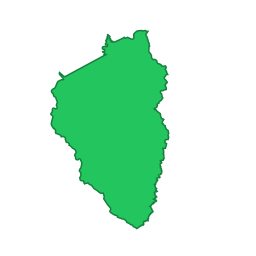 Tsangano, Tete, Mozambique (Albers equal-area conic projection), rotated 148°
{"feature_id": "85939544B8789366603018", "entity_name": "Tsangano", "entity_type": "district", "adm_level": 2, "iso_a3": "MOZ", "parent_name": "Mozambique", "parent_adm1": "Tete", "projection": "albers", "projection_center": [34.263, -15.088], "detail": "fine", "context": "isolated", "style": "filled", "palette": "green", "viewbox_px": 256, "rotation_deg": 148, "n_neighbors": 0, "source": "geoboundaries", "source_scale": "gbopen_adm2", "svg_char_len": 5790}
<svg xmlns="http://www.w3.org/2000/svg" viewBox="0 0 256 256"><g transform="rotate(148 128 128)"><path d="M75.1,140.4L74.6,141.1L74.0,142.8L74.1,144.5L73.3,145.0L72.5,145.2L72.1,145.8L70.9,145.6L70.4,146.2L70.6,147.3L70.5,148.0L70.9,150.1L70.8,151.2L69.8,152.0L68.6,152.2L67.4,152.9L66.8,152.9L66.0,152.4L65.9,154.0L65.4,155.6L65.3,158.0L64.5,158.6L63.7,158.8L63.3,159.8L63.3,160.5L63.5,161.0L64.7,161.3L66.3,162.1L66.3,163.2L66.6,164.2L66.9,164.4L67.0,165.3L68.5,166.7L68.7,168.0L68.0,169.8L68.5,171.2L69.2,172.2L70.5,172.8L70.8,174.3L70.7,175.4L69.8,176.7L69.5,179.2L69.9,181.0L69.7,182.1L67.4,185.4L67.2,185.7L66.3,185.9L65.7,187.9L65.3,188.4L65.1,189.3L65.2,190.1L64.5,191.9L63.6,195.5L63.6,197.0L63.4,197.8L62.7,198.4L61.8,198.5L59.9,199.4L60.7,199.8L61.9,201.7L63.8,202.3L65.1,203.7L68.8,205.4L69.7,205.4L72.1,205.0L73.6,204.4L74.1,203.5L74.4,202.6L75.1,201.6L76.2,200.9L76.9,200.9L77.7,201.3L78.2,201.8L80.3,205.1L82.4,205.4L82.7,205.6L83.1,206.9L84.5,206.8L94.0,208.0L95.0,209.2L95.8,209.2L96.5,210.0L96.3,210.5L95.7,210.5L96.5,211.6L96.5,212.2L95.6,212.4L95.8,214.3L94.9,215.2L94.9,215.5L94.9,215.9L95.6,216.3L95.7,216.6L95.5,217.1L95.6,217.7L95.2,218.3L95.9,217.8L96.7,216.7L97.6,216.2L97.5,214.7L98.0,214.5L98.6,214.9L99.3,214.7L99.3,214.2L99.9,213.8L100.5,213.8L100.7,213.6L100.6,212.8L100.8,211.9L101.4,211.8L102.0,211.4L102.3,211.6L102.5,211.5L102.7,211.0L102.7,210.2L101.1,209.4L102.0,208.3L102.6,208.1L102.8,208.4L103.5,208.6L104.3,209.5L106.4,210.2L107.2,209.7L107.7,208.6L106.9,207.5L106.5,207.3L106.3,207.1L106.8,206.5L106.9,205.6L107.5,205.5L109.0,206.1L109.1,205.6L108.7,205.4L108.0,203.6L108.3,203.3L109.4,203.2L109.5,202.8L108.4,202.0L153.9,204.9L154.5,205.2L155.1,206.0L156.7,211.3L157.3,210.7L157.6,209.9L156.7,204.4L156.9,203.4L157.7,203.4L158.7,204.2L162.6,204.6L164.1,203.9L168.2,200.9L168.7,200.7L171.3,200.8L172.5,200.5L173.3,200.0L173.8,198.8L173.3,196.3L173.9,195.1L174.0,194.5L173.8,193.6L173.3,192.7L173.1,192.0L173.6,190.6L174.1,187.7L174.4,187.2L176.6,185.4L176.8,184.9L177.0,183.4L177.7,182.4L178.2,182.3L179.0,182.4L180.5,184.3L180.8,184.4L181.5,184.4L182.4,183.8L183.3,182.1L186.0,180.9L186.2,180.1L185.5,178.2L185.6,177.6L185.9,177.1L189.6,173.7L191.0,171.9L191.4,170.8L191.4,167.1L190.9,166.9L190.6,164.9L190.8,164.2L192.0,162.3L191.9,161.5L190.8,160.4L190.3,159.4L189.3,158.2L189.0,157.5L189.3,155.9L187.4,155.2L186.4,153.3L186.4,152.5L187.3,151.5L187.3,150.5L187.7,149.6L187.9,148.9L187.6,148.2L187.0,147.8L186.4,147.0L186.3,145.5L187.1,144.7L186.7,144.2L186.1,142.5L185.7,140.3L184.5,138.3L184.4,137.6L184.6,135.4L184.9,134.6L186.8,133.9L187.7,133.1L187.7,131.9L188.7,129.4L188.3,128.2L187.9,127.9L186.9,127.5L186.4,127.9L185.6,127.7L185.1,127.1L185.0,126.5L185.3,125.5L185.5,123.2L187.1,121.1L188.1,120.2L189.3,118.9L190.7,118.6L192.0,117.5L192.0,116.6L191.8,116.1L191.9,115.0L192.4,113.8L193.1,112.8L194.0,112.0L195.3,111.4L196.1,109.1L195.8,108.3L193.8,106.6L193.8,106.1L194.3,105.1L194.5,103.7L193.4,103.5L190.8,102.4L190.7,100.6L190.2,99.9L189.4,99.3L188.8,94.2L187.6,92.0L186.2,88.0L186.0,87.5L184.8,86.5L183.6,85.9L184.2,82.9L186.1,80.7L185.9,73.3L185.2,69.3L185.9,68.0L186.6,67.7L187.5,67.0L187.7,66.0L185.8,61.8L185.0,60.8L183.8,59.6L183.7,58.8L184.2,58.3L184.0,57.7L181.0,53.9L179.6,52.7L178.7,49.7L179.0,48.8L178.9,48.3L178.0,47.2L177.5,46.4L177.0,44.6L175.8,43.6L175.6,42.9L175.8,41.6L174.9,40.5L173.9,38.5L173.8,38.0L169.3,38.3L168.2,38.0L167.3,38.5L166.5,37.7L166.3,38.1L165.9,38.0L165.8,38.4L165.4,38.4L165.3,39.1L165.0,39.4L164.9,39.7L163.9,40.4L163.3,40.2L163.0,39.7L162.7,39.9L162.3,39.6L161.8,39.8L161.2,39.6L160.2,38.8L160.1,39.1L159.6,39.3L159.8,40.0L159.2,40.2L159.0,40.7L158.3,40.7L158.2,41.3L157.7,41.8L156.9,42.3L156.2,42.4L156.1,42.8L155.4,43.2L154.8,43.0L154.3,43.2L154.2,43.5L153.6,43.4L153.2,43.8L152.4,43.5L152.0,43.6L151.8,43.9L151.2,43.8L150.9,45.0L151.3,45.6L150.7,46.8L150.8,47.5L150.7,48.9L150.5,49.1L150.9,49.8L150.5,49.7L149.4,50.2L149.0,50.1L148.5,50.6L147.8,50.7L147.3,50.5L147.3,50.9L147.0,51.1L146.4,51.0L146.2,50.7L145.7,51.2L145.4,50.7L144.9,50.9L143.9,51.0L143.5,51.3L142.8,50.9L142.5,51.0L142.3,51.7L142.9,52.6L143.3,52.7L143.3,53.3L144.1,54.2L143.8,54.3L143.5,54.1L142.4,54.4L141.8,53.9L141.0,54.5L140.2,54.4L140.4,56.0L140.8,57.4L139.9,57.8L139.8,59.4L139.3,59.5L137.2,58.7L136.8,58.8L137.1,59.2L136.9,60.2L137.4,60.8L136.6,61.6L136.2,61.4L135.8,61.6L136.4,62.8L135.8,64.0L135.6,66.1L135.3,66.2L134.9,65.6L134.4,65.6L133.8,66.4L132.6,67.4L132.2,67.2L131.8,67.2L131.3,68.2L130.4,68.1L130.3,68.3L130.8,69.7L130.5,70.2L128.5,69.9L127.7,69.1L127.2,69.1L126.9,69.4L127.4,70.5L127.1,71.7L126.5,71.7L125.0,71.3L124.7,71.3L124.5,71.8L123.4,71.9L122.9,72.8L122.3,73.2L122.0,74.0L122.1,74.8L121.7,75.0L121.4,76.0L121.6,77.2L120.7,77.6L120.8,78.2L120.1,80.1L119.7,80.5L118.2,80.5L117.8,80.7L117.8,81.6L118.2,82.5L118.1,82.9L117.6,82.7L116.9,82.9L116.6,82.5L115.9,82.6L115.4,82.0L114.5,82.5L114.0,83.0L113.4,83.2L113.2,84.0L111.9,86.2L112.0,86.9L111.4,87.3L111.5,87.8L111.2,88.0L110.5,88.5L110.2,89.0L110.0,90.1L109.4,90.7L109.4,90.9L109.6,91.3L109.4,92.0L109.1,92.2L109.0,91.9L107.0,91.0L103.6,94.2L103.6,94.4L104.3,95.4L104.4,95.9L104.2,96.3L103.9,96.5L103.5,97.5L102.4,98.2L101.6,97.6L100.6,97.5L100.1,97.0L98.3,98.7L98.2,99.9L97.7,100.8L97.1,101.4L96.5,101.7L95.9,102.9L95.7,103.9L95.3,104.5L96.1,106.5L95.9,108.9L95.2,110.1L96.2,111.8L96.0,112.9L96.5,114.0L95.2,115.3L93.1,116.3L93.8,117.6L94.6,118.4L94.1,120.4L93.1,122.9L93.1,123.4L94.1,125.5L94.0,126.2L94.6,127.1L94.6,128.7L95.1,129.3L95.8,129.6L95.7,130.4L94.8,130.7L93.5,130.3L92.2,130.6L91.1,131.6L91.0,132.6L90.7,132.8L88.6,132.7L88.1,133.5L86.0,133.9L85.0,133.9L82.5,135.1L82.5,137.0L81.9,137.8L81.4,139.1L81.9,140.7L80.9,142.0L80.3,142.1L78.6,141.1L76.9,141.1L75.8,140.5L75.1,140.4Z" fill="#22c55e" stroke="#15803d" stroke-width="1.5"/></g></svg>